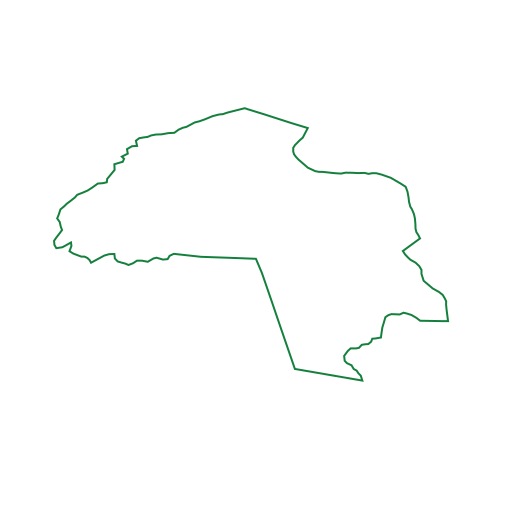 outline of Quixelô, Ceará, Brazil, rotated 237°
{"feature_id": "56859067B76728874600060", "entity_name": "Quixelô", "entity_type": "district", "adm_level": 2, "iso_a3": "BRA", "parent_name": "Brazil", "parent_adm1": "Ceará", "projection": "robinson", "projection_center": [-39.118, -6.155], "detail": "fine", "context": "isolated", "style": "outline", "palette": "green", "viewbox_px": 512, "rotation_deg": 237, "n_neighbors": 0, "source": "geoboundaries", "source_scale": "gbopen_adm2", "svg_char_len": 2389}
<svg xmlns="http://www.w3.org/2000/svg" viewBox="0 0 512 512"><g transform="rotate(237 256 256)"><path d="M93.6,277.3L98.5,278.7L101.9,278.0L105.1,278.0L108.0,276.4L112.3,276.6L116.6,273.9L119.8,273.3L124.2,275.5L126.3,281.1L127.0,285.0L124.1,289.4L122.9,292.3L123.9,296.4L122.6,299.3L121.0,302.2L121.4,305.8L123.3,308.5L121.8,311.2L119.6,316.4L122.8,319.1L127.3,323.1L130.4,326.8L134.2,331.2L134.3,334.8L133.5,337.9L131.1,341.3L128.7,344.7L128.1,348.8L125.7,351.1L121.8,354.3L116.8,356.8L112.3,358.4L100.5,375.9L96.8,381.6L107.2,386.6L111.8,389.0L114.4,390.8L117.2,391.2L121.5,391.4L125.9,390.0L132.6,386.5L143.9,383.1L150.8,385.0L154.2,387.2L158.6,387.4L163.5,386.2L168.9,383.4L172.2,382.6L176.1,381.9L180.2,381.9L181.4,403.1L185.0,403.5L188.6,403.5L191.9,404.6L196.0,407.1L200.9,409.7L205.1,411.3L210.2,412.2L213.4,412.3L218.0,413.8L222.0,415.8L227.5,418.1L232.5,419.2L237.9,416.8L248.2,411.6L255.6,405.9L259.8,402.1L262.1,398.7L263.6,395.1L266.5,392.4L270.1,386.5L273.0,382.6L277.1,376.5L278.8,372.2L282.7,367.0L285.1,364.0L287.6,361.0L290.4,357.5L292.4,354.5L294.9,351.9L301.8,347.6L313.9,344.1L317.5,343.5L320.5,343.3L323.3,344.1L326.4,346.1L327.8,349.1L329.2,355.5L329.8,359.7L335.1,369.1L348.3,358.0L370.9,339.6L383.6,329.0L386.1,327.0L390.6,313.8L392.0,309.6L393.0,305.5L394.8,302.1L396.9,295.9L398.6,286.9L399.9,281.6L401.4,277.3L401.7,273.5L402.2,267.9L403.4,264.5L404.1,259.9L403.8,254.6L406.8,249.4L409.5,243.0L412.4,238.2L414.2,233.8L414.9,230.0L416.8,226.0L418.4,222.2L418.1,218.1L413.1,216.2L415.6,211.8L415.9,206.0L411.7,204.2L412.4,197.6L409.4,198.3L407.6,195.6L410.1,187.2L405.2,184.3L401.7,173.2L399.1,171.0L400.4,167.4L402.9,162.8L402.6,156.0L402.6,150.6L403.4,145.7L404.7,139.4L403.7,135.9L403.2,130.4L402.9,125.8L402.2,122.5L401.6,117.4L398.0,112.9L395.8,109.7L391.4,109.9L386.8,108.2L383.4,107.5L381.6,102.6L380.2,98.5L378.7,94.9L375.1,93.0L371.3,92.8L368.8,98.4L368.5,102.2L368.1,108.2L365.0,106.7L361.6,102.2L357.5,104.1L350.7,109.1L348.8,111.9L346.2,113.5L343.2,114.2L340.2,114.0L339.0,129.0L337.5,133.9L334.8,138.3L330.8,136.3L326.8,137.0L323.5,139.8L321.0,142.1L317.9,144.2L316.9,148.8L316.9,153.6L314.2,157.8L310.1,162.1L309.8,168.6L308.7,171.7L303.7,176.0L301.5,180.2L303.2,183.6L302.6,188.2L285.3,209.4L265.2,238.1L253.7,254.4L238.5,251.7L209.5,244.5L196.1,241.1L180.6,237.2L140.1,227.1L93.6,277.3Z" fill="none" stroke="#15803d" stroke-width="2"/></g></svg>